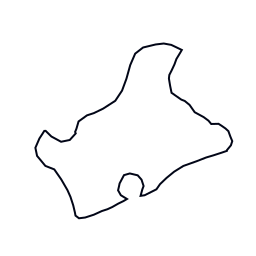 Lankaran District, Lankaran, Azerbaijan, rotated 72°
{"feature_id": "54616110B2076465815790", "entity_name": "Lankaran District", "entity_type": "district", "adm_level": 2, "iso_a3": "AZE", "parent_name": "Azerbaijan", "parent_adm1": "Lankaran", "projection": "equal_earth", "projection_center": [48.748, 38.769], "detail": "fine", "context": "isolated", "style": "outline", "palette": "ink", "viewbox_px": 256, "rotation_deg": 72, "n_neighbors": 0, "source": "geoboundaries", "source_scale": "gbopen_adm2", "svg_char_len": 1237}
<svg xmlns="http://www.w3.org/2000/svg" viewBox="0 0 256 256"><g transform="rotate(72 128 128)"><path d="M196.4,137.0L197.1,133.0L195.1,119.9L191.3,114.9L187.4,106.8L183.8,97.6L181.2,87.1L180.8,72.8L180.2,62.8L180.4,55.2L180.4,46.5L180.3,41.0L179.6,40.7L176.3,35.5L172.7,32.9L167.8,33.3L162.0,33.5L158.5,35.5L154.8,38.3L152.0,40.6L149.9,47.6L145.9,49.2L141.0,52.7L133.6,59.7L125.1,62.3L119.8,65.7L117.5,68.5L111.2,73.3L109.9,74.2L108.0,75.7L100.9,74.9L93.6,73.8L90.3,72.3L86.7,68.7L81.9,64.2L77.3,60.6L72.3,54.8L70.4,52.7L65.8,57.5L62.3,61.2L58.7,67.9L57.1,75.9L56.1,88.8L59.5,98.2L68.8,106.4L80.7,114.3L90.6,122.1L98.2,131.7L101.9,145.7L103.3,155.9L103.3,163.1L106.5,173.0L112.8,177.3L115.4,179.5L117.0,179.4L121.4,187.1L120.4,195.9L112.4,203.5L105.3,207.2L104.9,208.5L107.3,211.4L110.6,215.5L118.2,222.2L126.4,223.1L138.5,218.3L144.6,210.9L156.2,207.4L168.3,204.8L175.7,204.0L184.6,204.0L192.0,204.6L195.1,205.0L197.4,203.4L198.7,202.5L199.9,196.4L199.9,187.3L198.9,178.5L198.9,172.7L198.3,167.4L196.9,160.6L196.1,154.9L195.2,150.9L189.7,155.6L184.2,156.7L180.9,154.7L178.1,153.1L171.6,146.4L171.7,143.1L171.8,140.3L176.0,133.4L181.3,131.1L188.0,131.1L190.9,133.4L196.4,137.0Z" fill="none" stroke="#020617" stroke-width="2"/></g></svg>